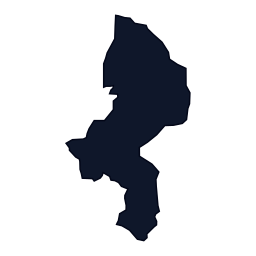 the district of Tessaoua, Maradi, Niger
{"feature_id": "23599985B9962986153255", "entity_name": "Tessaoua", "entity_type": "district", "adm_level": 2, "iso_a3": "NER", "parent_name": "Niger", "parent_adm1": "Maradi", "projection": "robinson", "projection_center": [8.153, 13.835], "detail": "fine", "context": "isolated", "style": "filled", "palette": "ink", "viewbox_px": 256, "rotation_deg": 0, "n_neighbors": 0, "source": "geoboundaries", "source_scale": "gbopen_adm2", "svg_char_len": 1260}
<svg xmlns="http://www.w3.org/2000/svg" viewBox="0 0 256 256"><path d="M81.4,173.6L82.3,178.2L92.5,178.6L94.2,181.0L100.3,178.0L102.2,175.5L103.1,172.6L109.7,176.4L111.0,180.1L114.9,180.6L118.6,182.5L121.5,186.4L128.0,188.9L124.9,195.4L124.8,198.4L126.2,205.4L126.1,210.0L119.7,213.7L118.4,220.7L117.1,223.2L116.6,224.4L121.9,225.7L125.9,228.0L129.6,230.2L137.4,239.2L143.8,240.6L147.0,237.7L146.8,234.0L154.1,226.8L156.5,224.9L156.6,221.3L154.6,216.9L155.6,214.1L159.3,211.3L157.9,205.6L156.2,185.9L155.9,179.3L158.8,172.0L152.0,164.2L151.1,163.6L150.5,163.2L139.4,156.2L139.3,147.4L147.4,142.2L156.7,134.7L164.8,125.5L173.6,125.2L182.3,123.4L186.5,119.6L187.8,108.6L189.5,103.8L189.9,92.8L186.0,85.6L185.9,68.4L177.5,64.5L169.5,59.2L168.4,52.3L162.0,42.2L153.1,34.3L147.4,28.7L146.1,25.4L134.6,23.3L130.0,18.2L124.7,17.7L118.3,15.8L115.7,15.4L115.2,26.1L114.8,38.8L110.4,47.0L107.2,52.9L105.7,58.3L103.7,63.7L103.7,87.2L106.1,86.2L110.0,86.2L113.4,85.6L113.1,88.0L111.0,90.0L109.6,93.7L117.6,94.2L117.9,97.3L113.4,101.0L113.4,109.6L104.5,120.6L94.2,120.6L89.1,128.7L87.2,133.6L86.4,137.6L83.3,139.1L72.4,139.7L66.1,143.3L69.4,147.8L69.5,150.3L75.7,157.0L79.4,159.1L79.9,161.6L80.1,169.4L81.4,173.6Z" fill="#0f172a" stroke="#020617" stroke-width="1.5"/></svg>